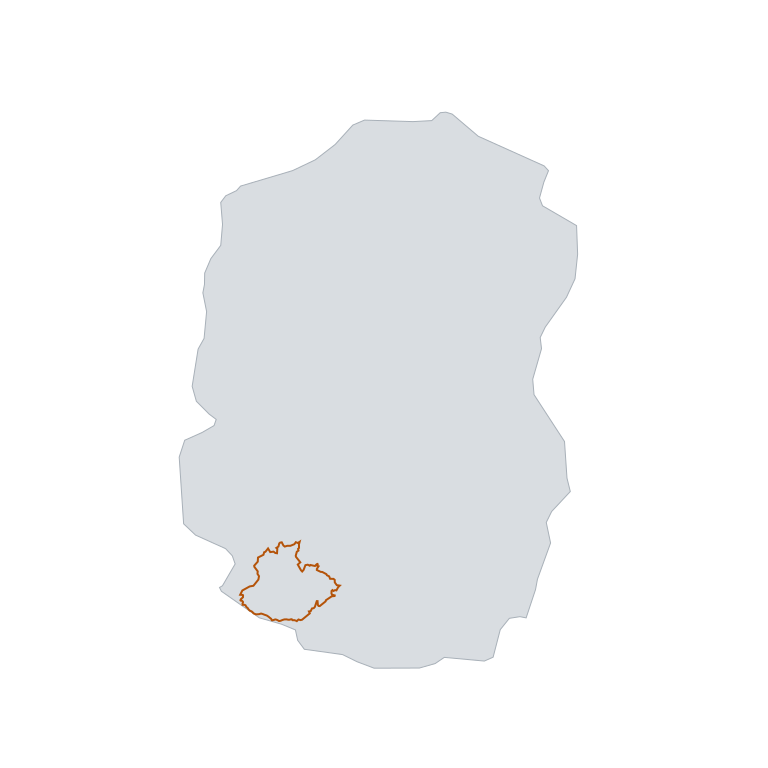 location of Mavrovo and Rostusha, Mavrovo and Rostusa, North Macedonia, rotated 292°
{"feature_id": "65306769B57665907630306", "entity_name": "Mavrovo and Rostusha", "entity_type": "district", "adm_level": 2, "iso_a3": "MKD", "parent_name": "North Macedonia", "parent_adm1": "Mavrovo and Rostusa", "projection": "albers", "projection_center": [20.658, 41.644], "detail": "fine", "context": "in_parent", "style": "outline", "palette": "amber", "viewbox_px": 768, "rotation_deg": 292, "n_neighbors": 0, "source": "geoboundaries", "source_scale": "gbopen_adm2", "svg_char_len": 3360}
<svg xmlns="http://www.w3.org/2000/svg" viewBox="0 0 768 768"><g transform="rotate(292 384 384)"><path d="M347.0,198.6L358.9,200.1L384.7,192.4L400.7,181.9L408.9,180.3L419.7,176.2L435.4,176.5L451.4,180.7L471.5,174.5L491.2,164.6L499.3,166.8L508.0,174.8L513.8,176.9L547.6,219.3L566.1,236.3L587.8,249.0L612.4,258.1L621.4,267.1L638.1,312.5L646.1,329.6L656.6,334.5L659.2,339.5L659.8,346.1L649.0,378.6L646.2,450.8L643.4,456.6L631.0,456.6L614.7,458.5L608.6,464.2L603.0,503.2L576.9,514.9L553.1,521.7L532.8,520.7L497.2,512.2L485.6,511.4L475.8,516.8L444.1,520.1L430.3,527.1L398.3,572.9L365.3,588.9L354.1,597.0L328.6,587.2L316.4,586.3L299.0,598.0L260.5,599.4L250.1,601.5L220.4,603.4L219.2,597.2L213.7,588.0L199.8,583.8L171.6,587.5L164.7,580.8L153.1,542.3L144.0,536.2L133.9,523.2L116.8,481.3L116.4,463.0L117.6,447.0L108.2,409.5L114.0,400.0L122.8,394.0L122.9,378.9L120.5,356.0L130.9,310.9L133.7,307.7L136.4,309.8L161.4,313.4L167.9,307.7L172.0,298.8L173.3,265.9L179.3,250.6L239.5,221.5L257.2,220.3L270.9,233.5L281.8,242.0L288.3,241.7L290.6,233.1L297.7,216.5L310.0,207.0L346.6,198.6L347.0,198.6Z" fill="#d9dde1" stroke="#a8b0b8" stroke-width="1"/><path d="M168.9,417.6L169.5,417.5L169.2,414.8L170.0,413.8L172.4,412.9L173.6,413.4L173.2,414.7L174.6,415.9L174.8,417.2L178.4,417.6L180.5,418.5L179.8,415.6L181.6,412.7L183.9,411.7L184.4,410.2L183.2,407.0L185.1,405.2L185.3,402.7L186.1,401.8L186.6,397.2L186.1,395.7L186.4,391.4L187.4,391.0L190.5,391.6L190.5,389.1L192.8,390.4L191.7,389.1L189.4,388.2L188.6,383.5L187.7,383.2L187.9,381.0L186.6,379.0L181.6,379.1L179.5,378.4L180.2,376.8L184.3,371.7L187.3,373.2L190.8,367.1L191.7,366.5L195.8,366.0L197.5,367.1L198.9,366.1L200.2,366.6L203.5,365.2L206.1,364.9L204.3,363.7L204.3,361.5L201.9,360.9L198.9,357.8L197.8,355.0L196.1,352.9L196.6,351.2L198.9,348.5L198.0,347.1L197.0,346.6L193.7,347.0L191.7,345.6L191.3,346.8L187.0,348.2L186.6,346.5L187.2,344.4L185.5,341.5L188.1,338.1L184.0,336.9L183.1,335.9L180.5,336.2L175.9,332.2L172.0,333.5L166.9,331.7L165.9,332.3L163.0,337.1L160.6,337.8L159.0,340.1L155.6,340.8L148.0,338.5L146.0,335.3L139.5,330.0L134.7,329.6L135.0,330.6L135.5,332.0L135.4,332.3L135.0,332.6L133.6,333.0L133.4,333.1L131.7,332.3L130.9,331.9L130.1,331.9L129.9,331.9L129.6,332.0L129.5,332.5L129.8,333.2L129.8,333.5L129.7,333.8L129.3,334.7L128.9,335.0L128.4,335.1L127.6,335.0L126.8,335.4L126.5,335.5L126.3,335.6L126.5,336.1L126.9,337.0L127.0,337.7L126.9,338.6L126.2,339.3L125.7,339.9L125.6,340.4L125.5,340.5L125.2,341.6L124.4,342.6L123.6,344.4L123.6,345.8L123.5,346.8L123.0,348.1L122.8,348.3L122.5,349.0L122.5,349.7L122.4,349.9L122.5,351.6L122.9,352.5L123.8,354.4L125.1,356.0L125.3,357.7L125.3,359.6L125.4,361.4L125.4,362.4L124.9,364.4L124.6,365.3L124.0,367.3L123.7,367.7L123.5,367.9L123.0,368.4L123.0,368.8L123.1,369.0L123.6,369.7L124.5,370.9L124.8,371.1L125.1,371.7L125.2,373.0L125.1,374.3L124.9,375.4L125.3,376.2L125.9,377.0L127.2,378.3L128.4,379.8L129.2,381.6L129.6,383.6L129.9,384.4L130.4,385.2L130.6,385.4L130.8,385.6L131.1,386.1L131.3,386.6L131.0,387.0L130.8,387.5L130.8,388.1L131.1,388.5L131.4,389.1L131.5,389.8L131.5,390.2L131.6,391.5L131.5,392.0L133.6,392.9L133.8,395.0L134.7,396.3L143.5,401.1L145.0,399.6L145.9,401.1L148.9,401.3L149.8,402.8L151.4,403.4L157.5,403.0L157.8,403.7L154.3,405.5L153.7,406.5L154.0,407.6L160.6,411.3L161.7,411.1L167.6,415.1L168.9,417.6Z" fill="none" stroke="#b45309" stroke-width="2"/></g></svg>